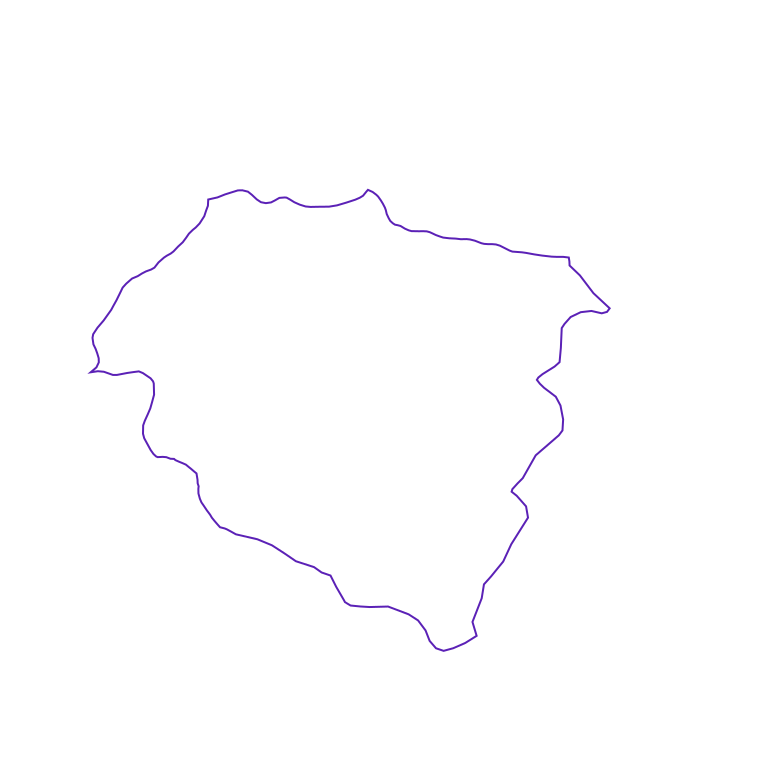 Drepung, Mongar, Bhutan (Equal Earth projection), rotated 231°
{"feature_id": "84629894B57522775958352", "entity_name": "Drepung", "entity_type": "district", "adm_level": 2, "iso_a3": "BTN", "parent_name": "Bhutan", "parent_adm1": "Mongar", "projection": "equal_earth", "projection_center": [91.265, 27.207], "detail": "fine", "context": "isolated", "style": "outline", "palette": "violet", "viewbox_px": 768, "rotation_deg": 231, "n_neighbors": 0, "source": "geoboundaries", "source_scale": "gbopen_adm2", "svg_char_len": 3022}
<svg xmlns="http://www.w3.org/2000/svg" viewBox="0 0 768 768"><g transform="rotate(231 384 384)"><path d="M577.7,163.4L574.0,169.7L569.8,174.0L561.7,179.0L559.1,182.2L554.1,191.5L551.0,196.7L548.1,201.4L544.2,203.5L535.3,206.2L531.4,206.2L529.3,205.4L520.4,198.6L515.9,192.4L512.1,187.0L509.2,181.5L505.9,174.9L503.4,170.8L497.0,165.4L492.7,163.5L479.5,161.1L474.7,160.8L471.1,161.3L469.6,162.1L466.6,166.2L464.1,168.8L460.3,171.0L457.9,173.7L456.1,174.0L452.4,175.9L449.5,177.5L446.0,179.3L441.5,180.2L439.8,180.6L435.4,181.4L432.5,182.0L426.9,178.8L424.1,176.7L421.2,175.6L419.3,173.7L415.7,170.9L410.7,168.7L406.8,167.6L403.8,167.4L397.2,166.8L391.9,166.6L388.4,166.1L384.4,166.1L380.6,166.2L375.9,166.4L372.0,169.3L370.0,170.4L365.2,172.4L360.4,174.3L343.0,187.9L334.9,192.3L329.2,195.4L314.8,200.1L301.7,204.0L285.7,214.4L276.8,216.9L268.8,221.9L256.4,219.2L241.7,216.9L239.0,216.4L232.9,218.6L225.8,225.8L219.6,232.6L208.5,247.1L189.5,258.2L178.8,261.7L166.3,261.2L155.6,257.8L145.9,258.1L139.1,262.4L135.1,271.5L131.6,284.2L130.0,297.5L143.4,303.0L156.0,325.1L165.4,335.6L167.1,346.2L169.2,356.2L171.0,364.9L179.4,382.1L189.5,411.8L199.5,417.4L213.6,416.8L220.0,415.4L221.5,417.6L222.7,425.3L223.5,432.6L233.1,457.0L234.1,487.6L235.6,493.5L243.7,500.9L256.2,507.6L266.0,509.5L280.3,506.0L286.1,505.3L291.0,505.4L291.9,508.0L291.9,513.4L290.2,527.6L290.5,534.2L300.8,544.2L315.6,557.3L317.1,562.1L318.6,571.2L316.0,582.1L310.2,591.2L301.9,597.7L299.7,602.7L300.3,605.1L300.8,607.0L322.8,603.9L345.1,604.6L359.3,602.8L362.7,605.3L366.0,607.2L370.1,603.2L373.7,598.7L377.4,594.5L384.3,587.7L390.1,582.4L396.5,576.9L399.6,574.0L406.1,567.1L408.6,565.6L412.6,563.8L418.6,561.1L422.0,558.8L424.6,556.1L427.2,552.9L429.9,550.0L432.1,548.3L438.2,544.8L442.2,541.8L444.7,539.3L448.2,534.8L451.8,531.3L456.1,526.5L460.6,522.1L463.7,520.1L467.2,518.0L470.6,516.4L473.2,515.1L475.7,513.3L478.2,510.5L480.7,507.3L483.4,504.1L485.5,501.6L487.9,499.9L491.6,498.0L496.4,496.3L498.9,494.5L500.9,492.8L503.4,492.0L506.8,491.5L509.9,492.0L514.4,493.1L517.9,494.8L520.5,495.7L524.9,496.6L528.7,497.1L533.4,497.4L536.0,497.1L540.4,496.0L545.0,493.7L544.6,491.4L543.5,486.2L544.0,482.4L545.3,477.7L548.7,468.8L552.4,459.9L556.4,452.9L563.3,444.2L567.8,438.4L571.3,434.8L576.4,431.4L581.7,428.7L586.6,427.0L590.1,425.6L591.4,424.3L594.5,419.8L595.3,414.8L596.2,410.5L598.9,406.0L602.7,402.8L607.5,401.3L614.1,400.4L619.1,399.3L623.7,395.8L626.4,392.3L629.0,385.8L631.4,379.7L633.8,372.0L638.0,363.5L633.3,359.3L630.9,355.2L627.5,349.9L624.8,341.7L624.1,336.2L624.1,332.4L623.6,327.0L622.2,322.3L620.8,316.8L620.4,310.5L619.5,303.8L619.6,300.3L620.4,295.9L620.7,292.5L620.4,285.3L618.9,278.8L619.5,275.1L621.3,269.9L622.2,265.5L622.8,260.5L624.5,254.6L624.4,251.5L624.2,246.8L623.4,241.6L620.9,236.3L617.4,228.7L615.2,223.2L613.3,218.7L609.8,206.1L608.1,196.9L606.8,192.7L605.7,189.3L603.3,186.5L597.6,183.1L592.8,182.0L588.2,180.4L583.6,178.5L580.3,176.0L577.9,171.0L577.7,163.4Z" fill="none" stroke="#5b21b6" stroke-width="2"/></g></svg>